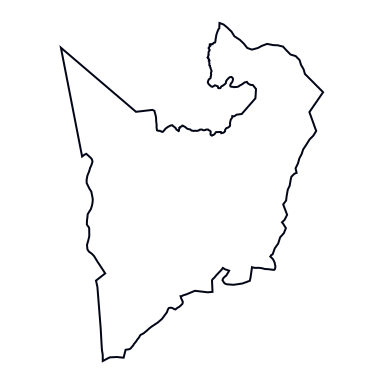 Huautla de Jiménez, Oaxaca, Mexico (orthographic projection), rotated 180°
{"feature_id": "50627088B6515753474498", "entity_name": "Huautla de Jiménez", "entity_type": "district", "adm_level": 2, "iso_a3": "MEX", "parent_name": "Mexico", "parent_adm1": "Oaxaca", "projection": "orthographic", "projection_center": [-96.809, 18.147], "detail": "fine", "context": "isolated", "style": "outline", "palette": "ink", "viewbox_px": 384, "rotation_deg": 180, "n_neighbors": 0, "source": "geoboundaries", "source_scale": "gbopen_adm2", "svg_char_len": 5924}
<svg xmlns="http://www.w3.org/2000/svg" viewBox="0 0 384 384"><g transform="rotate(180 192 192)"><path d="M282.4,39.0L282.0,33.5L281.3,29.4L281.2,23.0L274.4,26.6L267.3,27.0L260.4,26.3L258.4,34.2L257.4,34.4L255.6,34.6L255.1,34.7L254.0,35.2L253.3,35.6L252.3,36.9L251.0,38.3L249.9,40.2L248.3,42.0L246.7,44.4L245.0,46.5L244.0,48.4L243.3,49.2L241.9,49.9L240.5,50.6L237.1,53.4L234.8,55.5L232.8,57.1L230.4,58.7L226.3,61.4L225.0,62.5L222.8,64.4L222.0,65.1L218.0,70.5L217.1,71.7L216.3,74.0L215.6,75.4L215.1,76.0L213.6,76.3L212.3,76.2L211.5,75.9L210.4,75.3L209.3,74.7L208.5,74.6L208.3,74.9L207.5,75.4L206.9,75.9L206.6,76.2L205.3,76.8L203.8,78.0L201.8,79.9L201.4,80.7L201.2,82.2L201.6,83.1L201.9,83.7L202.7,85.3L203.4,87.8L202.2,87.9L200.5,88.8L197.7,89.6L189.1,93.2L176.3,91.7L171.5,92.1L172.0,103.6L171.5,104.6L169.6,106.4L167.9,108.5L164.6,112.0L162.5,114.2L161.1,116.1L159.0,114.7L157.4,114.2L154.9,113.3L155.4,112.3L155.8,111.6L157.9,108.2L159.2,107.4L160.9,105.5L161.4,104.2L161.5,103.8L160.6,102.4L160.2,101.6L159.8,101.1L158.6,100.2L157.0,99.7L150.5,99.2L141.6,100.5L134.2,103.2L133.4,106.8L132.0,116.8L130.6,116.4L128.5,116.1L125.3,116.2L122.1,115.8L119.1,115.0L115.7,114.8L113.2,114.5L110.9,114.2L109.7,114.2L109.0,115.1L108.7,116.7L108.6,118.0L109.0,119.2L109.2,120.8L109.7,122.1L110.6,124.1L111.9,125.8L113.7,127.4L113.5,127.7L112.8,128.9L111.4,129.6L110.0,133.5L109.2,135.7L105.8,140.5L103.9,146.6L100.1,150.9L98.1,155.9L100.9,160.3L102.0,161.7L99.4,164.2L96.9,169.2L100.8,179.6L97.9,183.5L97.3,188.3L96.2,194.4L94.3,198.4L93.3,204.5L93.0,205.5L92.6,207.3L91.1,208.8L89.7,210.2L87.4,211.1L88.3,215.1L88.4,215.7L86.0,220.7L84.6,225.7L82.3,230.0L80.9,234.5L77.9,239.0L74.4,244.6L70.7,248.3L67.8,253.0L74.6,271.9L60.9,291.8L79.1,310.1L80.4,314.7L83.0,319.2L84.4,323.9L88.3,327.9L93.5,329.5L97.7,333.8L101.0,337.4L106.2,338.7L110.8,338.9L115.9,339.9L116.9,340.1L120.9,338.6L122.2,338.1L124.1,337.1L126.1,336.0L132.0,334.4L134.7,335.3L136.8,336.1L140.3,340.5L144.2,344.2L149.6,347.7L152.5,352.4L156.8,356.5L160.4,359.5L164.5,361.0L164.7,356.5L164.7,355.7L165.4,355.0L166.5,352.5L167.6,349.3L168.0,346.9L168.4,344.6L168.6,342.5L168.9,341.7L169.0,341.5L169.3,341.3L170.2,341.2L170.6,340.9L170.9,340.6L171.1,340.3L171.4,339.8L171.9,339.9L173.6,339.9L174.0,339.8L174.3,339.6L174.3,339.3L174.0,339.1L173.7,338.9L173.4,338.8L173.4,338.6L173.5,338.5L173.6,338.2L173.9,338.2L174.0,338.0L174.3,337.9L174.5,337.7L174.7,337.1L174.8,336.6L175.4,336.0L175.3,335.5L174.6,334.6L174.4,334.2L174.5,333.3L175.2,332.7L175.4,331.6L175.5,330.6L175.3,329.4L175.6,329.3L175.6,328.9L175.8,327.6L176.1,327.1L176.4,326.6L175.9,326.3L176.1,326.0L176.1,325.8L176.0,325.7L175.8,325.7L175.7,325.5L175.5,325.2L175.3,325.1L175.2,324.7L174.9,324.4L174.8,324.2L175.0,324.2L175.0,323.9L175.0,323.7L175.2,323.2L174.8,322.9L174.8,322.1L174.6,320.7L174.6,319.9L174.7,319.1L174.6,318.6L174.0,318.2L174.0,317.7L173.8,316.8L173.4,316.1L173.4,315.5L172.8,314.1L172.4,312.8L172.8,312.2L172.8,311.5L173.1,310.8L172.8,309.5L173.0,309.0L173.0,308.5L173.1,307.7L173.4,307.4L173.3,306.7L173.6,305.7L174.5,305.1L175.2,304.6L176.0,302.6L176.2,301.6L175.5,300.1L174.4,299.0L173.6,298.3L172.7,297.5L171.5,297.2L169.0,298.7L167.9,298.3L166.2,297.6L165.8,296.0L165.3,295.8L163.7,295.9L162.7,297.5L160.8,298.6L158.7,300.2L158.1,301.1L157.9,302.8L157.1,304.0L156.0,305.2L155.2,306.1L154.1,306.8L152.9,307.1L152.3,306.9L151.2,305.8L151.0,304.8L151.1,304.0L151.5,302.7L152.0,301.6L152.9,300.8L153.4,299.7L153.8,298.8L153.7,298.3L153.5,297.6L152.9,297.3L151.0,297.1L150.0,296.8L149.2,297.0L147.4,297.0L145.4,297.5L144.4,298.4L142.4,299.4L140.7,300.6L139.3,301.6L137.1,302.1L136.8,301.7L136.4,300.9L135.0,299.9L133.6,299.2L132.9,299.0L131.9,299.1L131.1,298.9L130.7,298.4L130.4,298.0L129.7,297.1L128.0,295.0L128.2,291.5L128.3,289.7L128.6,285.7L135.3,278.0L136.2,277.0L137.9,275.0L142.3,270.0L147.5,269.3L149.4,267.9L150.4,267.6L151.7,267.9L151.9,266.4L152.5,265.3L153.2,264.5L153.9,261.5L154.0,260.5L153.9,259.4L154.0,258.2L154.6,257.4L155.3,256.9L156.2,256.3L157.3,256.0L158.0,255.5L158.9,254.0L159.0,252.6L160.5,251.3L162.7,250.8L163.1,252.0L167.8,251.9L168.0,251.9L169.3,250.1L170.4,249.1L171.4,248.9L171.8,248.5L172.5,248.5L173.4,249.3L173.4,249.6L173.5,250.5L173.3,251.9L173.3,252.3L173.6,252.7L173.7,253.0L174.5,253.5L175.4,253.9L176.0,254.5L177.8,254.5L178.4,254.1L179.6,253.8L180.2,253.7L180.8,253.8L182.0,254.4L182.6,254.5L183.0,254.5L183.5,254.3L184.0,254.4L184.7,254.0L185.5,253.4L185.9,253.4L186.5,253.2L187.3,253.1L189.1,253.3L190.4,253.0L191.1,253.3L192.4,253.4L192.9,253.8L193.6,254.5L195.9,255.0L196.8,255.3L199.1,257.2L200.7,258.0L201.0,258.2L201.4,258.4L201.7,258.4L201.8,258.2L202.3,257.6L203.2,257.3L203.6,257.2L203.9,257.0L204.1,256.7L204.0,256.4L204.7,256.2L204.7,255.6L204.9,254.8L205.0,253.6L205.1,253.1L205.5,252.9L205.9,253.3L206.5,253.8L207.4,254.3L207.9,254.9L208.3,255.8L209.5,256.9L210.4,257.6L211.4,258.2L211.6,258.7L211.8,258.8L213.4,258.5L216.0,257.1L216.6,256.7L218.2,255.6L218.8,254.9L219.2,254.5L219.4,254.1L220.3,253.2L220.6,252.8L221.0,252.3L221.6,252.1L222.0,252.1L222.4,252.4L222.8,252.6L223.0,252.7L223.5,252.8L223.8,253.0L224.1,253.2L224.3,253.2L225.4,253.2L226.0,253.3L227.0,253.7L227.5,257.0L227.3,258.3L227.6,261.0L227.9,263.6L227.9,265.9L228.3,268.3L229.1,271.2L229.6,273.2L231.6,274.1L248.0,272.2L323.1,336.3L301.9,227.5L299.7,229.2L297.7,230.2L293.2,226.1L292.0,224.5L291.5,222.4L292.0,220.7L292.4,219.4L293.2,217.5L293.9,216.1L294.7,213.1L296.6,208.3L297.4,204.1L297.3,200.9L295.9,198.0L294.5,195.2L292.7,192.4L291.7,187.5L291.2,184.5L291.5,181.1L291.9,179.1L292.3,177.5L293.2,174.8L294.6,172.6L296.3,169.8L296.7,165.7L296.9,164.5L297.0,163.8L297.1,161.4L297.1,159.5L296.3,158.1L295.3,157.0L294.8,155.6L294.8,153.4L294.7,148.9L294.9,146.9L295.9,142.9L297.0,139.2L296.6,134.7L295.1,132.4L292.2,130.3L290.0,128.0L286.5,122.3L278.8,110.6L288.0,103.4L286.6,97.1L283.3,55.4L282.4,39.0Z" fill="none" stroke="#020617" stroke-width="2"/></g></svg>